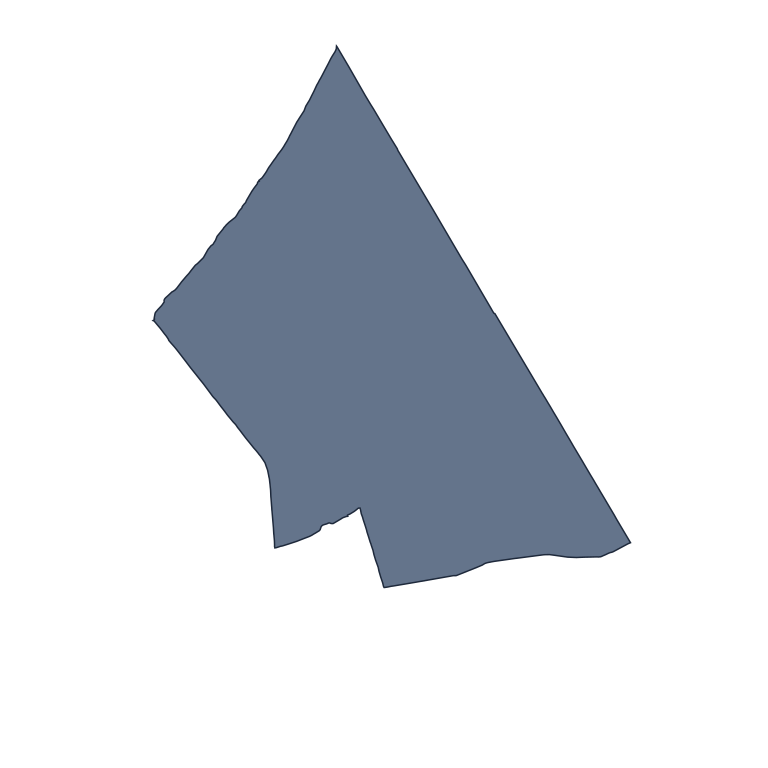 Lak Si, Bangkok Metropolis, Thailand (Natural Earth projection), rotated 138°
{"feature_id": "78962969B56226274044395", "entity_name": "Lak Si", "entity_type": "district", "adm_level": 2, "iso_a3": "THA", "parent_name": "Thailand", "parent_adm1": "Bangkok Metropolis", "projection": "natural_earth1", "projection_center": [100.575, 13.882], "detail": "fine", "context": "isolated", "style": "filled", "palette": "slate", "viewbox_px": 768, "rotation_deg": 138, "n_neighbors": 0, "source": "geoboundaries", "source_scale": "gbopen_adm2", "svg_char_len": 5439}
<svg xmlns="http://www.w3.org/2000/svg" viewBox="0 0 768 768"><g transform="rotate(138 384 384)"><path d="M574.8,335.2L573.3,334.3L572.1,333.8L571.7,333.6L569.4,332.6L568.8,332.2L567.8,331.6L566.7,331.1L562.1,329.0L554.2,325.5L547.8,323.1L541.3,320.6L538.8,319.9L537.6,319.7L536.9,319.6L534.7,319.1L532.0,318.6L531.5,318.5L530.6,318.3L530.1,318.3L529.3,318.4L528.8,318.5L528.5,318.7L526.8,319.7L525.9,320.1L525.6,320.1L524.9,320.2L523.6,320.0L522.7,319.6L521.4,319.0L521.2,318.9L520.2,318.4L519.0,318.0L518.5,317.9L518.0,317.6L517.5,317.2L517.3,317.0L516.9,316.1L516.8,315.9L515.9,314.9L515.5,314.6L515.3,314.4L514.6,314.2L509.7,313.2L506.2,312.5L504.7,312.3L503.6,312.0L500.5,310.7L499.9,310.2L499.4,309.9L498.9,310.8L498.8,311.0L498.7,311.0L498.3,310.9L498.1,310.8L497.8,310.7L496.8,310.3L496.1,310.1L494.9,309.9L491.8,309.3L489.9,309.1L488.1,309.0L486.8,309.0L486.5,308.9L486.3,308.9L485.8,308.7L484.8,307.8L485.7,306.1L487.1,303.8L487.7,302.8L489.0,299.5L490.3,296.9L492.9,291.0L494.6,287.3L495.7,285.3L497.8,280.6L500.0,275.9L500.7,274.0L501.3,272.8L503.5,267.7L505.6,264.0L508.1,258.7L510.9,251.8L513.0,248.2L515.6,242.8L518.1,237.0L518.6,236.1L519.7,234.1L520.0,233.2L520.1,232.7L519.6,232.3L517.0,230.6L515.6,229.8L513.9,228.8L512.0,227.5L495.8,217.2L479.9,207.2L467.1,199.2L464.1,197.3L462.0,196.0L460.9,195.3L460.5,195.0L458.7,193.4L458.3,193.2L457.5,192.9L443.9,187.9L437.1,185.4L436.5,185.2L432.8,183.9L432.2,183.7L431.7,183.6L429.5,183.2L429.0,183.1L428.6,182.9L427.2,182.3L426.5,181.9L425.6,181.4L424.0,180.4L423.1,179.9L420.4,178.2L403.2,166.6L402.4,166.0L379.8,150.4L379.0,149.8L375.3,146.6L375.1,146.4L372.7,143.6L365.0,134.4L364.4,133.7L363.5,132.6L357.1,126.3L356.0,125.4L354.4,124.1L350.8,121.1L344.9,116.0L341.5,113.1L340.2,111.8L339.3,111.2L339.0,110.9L337.8,110.3L336.4,109.9L333.5,108.9L330.4,108.0L328.6,107.3L327.4,106.6L326.5,106.2L325.9,106.0L309.6,102.0L307.0,101.1L301.7,127.6L300.5,132.9L298.1,144.9L296.7,151.8L295.2,159.4L294.2,164.2L293.2,169.3L292.6,172.0L291.3,178.9L289.7,186.7L288.3,193.5L286.0,205.1L284.8,211.2L283.4,217.7L281.7,226.1L279.8,235.0L278.6,240.9L278.1,243.3L276.8,250.0L275.6,255.7L274.9,259.4L273.6,265.9L273.6,266.0L273.2,268.3L272.8,270.2L272.7,271.0L254.5,362.1L255.0,363.2L254.3,366.7L254.0,368.0L243.6,418.1L242.8,422.9L242.7,423.5L242.3,425.7L234.7,462.5L230.8,481.3L217.4,548.3L216.7,550.0L214.7,561.0L213.0,569.5L211.3,578.0L207.8,595.3L206.8,601.1L204.9,610.9L198.0,642.7L193.4,665.3L193.3,665.7L193.2,666.9L195.3,664.9L198.0,663.7L202.7,662.4L205.8,661.4L211.7,659.1L217.7,656.9L223.0,654.9L226.3,653.7L228.6,653.0L231.2,652.0L233.7,651.2L234.0,651.1L240.3,648.4L245.5,646.4L246.2,646.1L249.5,644.8L252.6,643.9L254.5,643.3L255.3,643.1L256.2,642.8L260.6,640.5L261.4,640.3L269.9,638.0L270.5,637.8L273.5,637.0L281.5,634.0L285.7,632.4L288.3,631.5L289.3,631.0L293.0,629.6L297.4,628.3L299.5,627.6L303.4,626.6L309.0,625.6L314.2,624.3L315.1,624.2L319.5,623.2L320.7,622.9L321.4,622.7L321.6,622.7L324.8,622.0L326.0,621.6L327.1,621.3L328.3,620.8L330.8,620.1L334.7,619.2L336.2,618.9L337.0,618.8L337.6,618.8L338.5,618.9L339.5,618.9L340.7,619.0L341.0,618.2L341.4,618.4L341.6,618.4L341.7,618.5L342.0,618.5L342.4,618.5L342.6,618.5L342.9,618.4L343.2,618.3L343.5,618.0L343.6,617.9L343.9,617.7L344.1,617.6L344.5,617.5L346.4,617.1L346.6,617.1L349.7,616.5L353.4,615.6L355.9,614.8L361.9,612.9L362.5,612.7L363.9,612.2L364.8,611.7L365.6,611.4L367.4,611.3L370.3,610.8L370.7,610.7L371.2,610.2L371.8,610.0L375.5,609.5L375.9,609.4L380.7,607.9L382.4,607.5L383.5,607.4L384.6,607.5L390.6,607.9L394.7,607.8L395.7,607.6L398.6,607.3L399.4,607.0L401.0,606.7L403.0,606.4L407.6,605.7L409.3,605.4L412.5,603.8L413.4,603.4L413.9,603.3L415.7,602.8L416.7,602.5L417.7,602.2L420.0,602.5L424.5,601.8L425.1,601.6L425.8,601.4L432.9,599.0L433.1,598.9L434.2,598.7L442.3,598.3L443.0,598.4L444.8,598.5L446.7,598.2L451.5,597.4L455.1,596.7L458.3,596.4L460.0,596.2L466.6,595.3L466.9,595.2L473.8,593.9L475.9,593.7L476.7,593.7L478.9,594.0L479.6,594.3L480.5,594.3L481.8,594.3L485.6,594.2L488.7,594.2L489.3,594.1L489.8,594.0L490.1,594.0L490.8,593.7L491.2,593.5L491.6,593.2L492.1,592.5L492.2,592.4L492.6,592.0L493.0,591.9L493.7,591.8L495.6,591.3L497.5,591.0L502.4,590.6L503.6,590.4L505.3,590.2L506.2,590.0L506.7,589.7L507.1,589.5L511.0,586.5L511.0,586.0L511.0,585.9L511.2,585.7L511.7,585.6L513.2,585.7L512.7,584.7L513.0,575.5L513.6,568.1L513.7,565.7L513.9,564.2L514.2,562.0L514.8,560.2L514.9,556.5L514.9,552.2L515.1,548.0L516.0,536.1L516.7,527.7L516.9,525.4L517.3,518.5L517.8,510.3L518.1,504.9L519.3,492.3L519.6,489.4L519.6,487.1L519.5,485.2L519.7,482.2L520.0,479.4L520.2,477.0L520.3,476.0L520.4,474.3L520.7,470.3L521.1,466.1L521.1,465.8L521.2,464.5L521.3,461.2L521.5,457.1L521.5,456.6L521.4,453.1L521.7,450.7L521.8,450.0L521.9,449.8L521.9,449.0L522.1,445.9L522.5,441.4L522.9,436.6L523.4,426.9L523.6,423.8L523.6,420.3L523.8,416.5L523.9,415.9L524.0,412.8L525.1,405.2L526.3,402.3L526.5,401.9L527.7,398.9L528.3,397.6L530.2,394.4L530.9,393.2L531.3,392.6L532.0,391.4L532.1,391.1L533.0,389.7L534.8,387.2L535.7,385.9L538.0,382.8L538.4,382.2L539.4,380.9L540.8,379.2L543.7,375.7L543.9,375.4L546.8,371.6L548.9,368.9L549.5,368.1L549.7,367.8L551.7,365.3L551.8,365.1L556.2,359.3L562.5,351.0L564.1,349.0L566.1,346.5L566.8,345.5L567.0,345.2L567.5,344.6L568.0,343.9L568.4,343.4L568.6,343.1L569.9,341.4L570.6,340.5L573.3,337.3L573.6,337.0L574.0,336.6L574.3,336.0L574.4,335.9L574.8,335.2Z" fill="#64748b" stroke="#1e293b" stroke-width="1.5"/></g></svg>